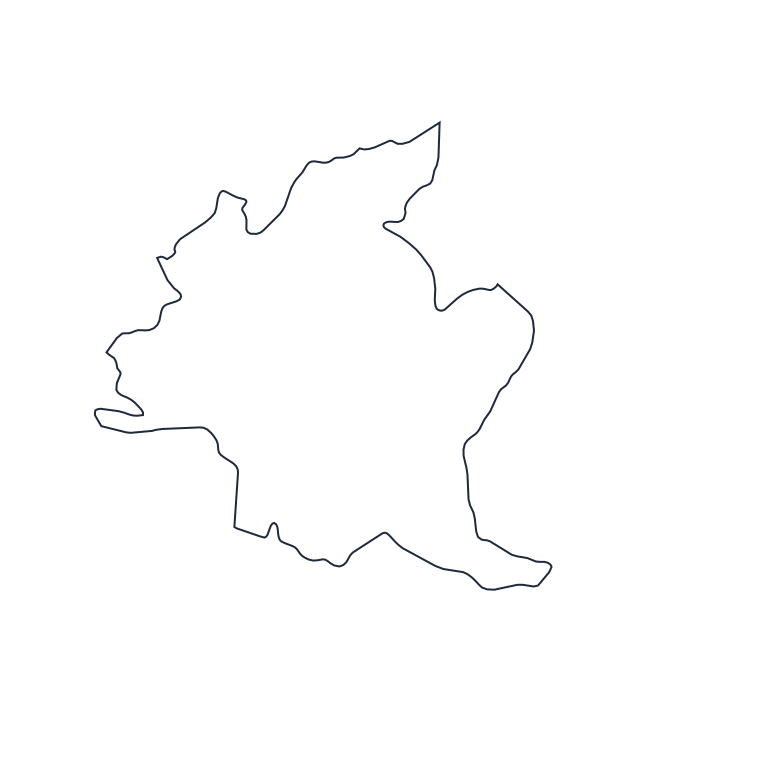 the border of M'Sila, rotated 314°
{"feature_id": "DZA-2214", "entity_name": "M'Sila", "entity_type": "Province", "adm_level": 1, "iso_a3": "DZA", "parent_name": "Algeria", "parent_adm1": "", "projection": "orthographic", "projection_center": [4.266, 35.131], "detail": "fine", "context": "isolated", "style": "outline", "palette": "slate", "viewbox_px": 768, "rotation_deg": 314, "n_neighbors": 0, "source": "natural_earth", "source_scale": "10m", "svg_char_len": 3886}
<svg xmlns="http://www.w3.org/2000/svg" viewBox="0 0 768 768"><g transform="rotate(314 384 384)"><path d="M536.6,202.8L538.0,205.4L539.2,207.0L542.4,209.8L547.4,212.8L563.1,219.2L564.5,221.2L566.2,226.9L569.7,230.5L575.8,234.1L610.7,242.4L584.8,265.8L578.2,270.0L572.6,271.9L564.3,277.1L560.3,278.0L556.5,276.7L552.9,274.9L548.9,273.9L535.3,273.8L530.1,274.5L526.4,276.2L524.5,277.4L522.7,279.9L521.8,280.8L516.6,283.5L513.2,283.0L510.4,281.6L509.4,280.7L505.2,275.8L503.3,274.1L501.3,273.0L499.2,272.6L497.6,273.4L496.8,275.1L496.9,277.4L501.4,294.0L502.6,304.0L503.1,314.0L502.5,321.3L500.0,336.3L498.4,340.9L494.7,346.8L488.1,354.8L479.4,362.4L476.0,366.7L474.7,369.8L475.1,371.9L475.9,373.6L477.4,375.0L479.7,376.0L496.7,377.3L502.8,378.4L508.5,380.3L513.4,382.7L518.4,386.0L520.3,387.8L521.9,389.8L524.7,394.4L525.7,395.5L526.7,396.0L528.9,396.7L532.4,397.0L534.6,396.5L536.1,437.3L535.5,442.5L532.6,447.7L526.5,454.9L516.9,461.8L510.8,464.9L487.8,470.6L484.0,470.5L480.3,470.0L477.5,470.2L471.2,472.4L467.5,472.8L461.4,471.8L457.8,472.4L438.2,479.4L427.7,481.0L418.3,484.0L414.7,484.6L411.8,484.6L405.0,483.4L400.9,483.2L396.8,483.9L392.0,486.8L387.6,491.2L380.8,501.8L376.7,507.1L359.8,524.9L356.4,530.4L353.7,537.6L350.5,542.5L341.9,552.9L339.3,557.8L339.8,562.1L341.3,564.5L343.1,566.6L344.5,569.7L349.9,594.5L352.6,599.6L358.3,607.9L361.8,616.5L364.4,619.8L367.6,623.1L369.3,626.2L369.7,629.3L368.9,631.5L365.4,632.9L362.6,633.6L346.0,634.8L342.3,632.3L335.8,623.1L332.3,619.5L312.6,606.2L307.8,600.7L305.7,595.8L305.6,591.5L305.9,586.4L305.9,581.3L305.2,576.2L303.7,571.7L292.2,555.3L288.8,547.4L278.9,511.7L278.3,506.3L278.3,501.4L278.8,492.8L278.6,489.6L277.4,487.7L275.5,486.6L241.0,478.6L237.3,478.7L229.7,480.7L225.6,480.5L221.7,478.6L218.9,474.3L217.9,470.2L217.5,466.6L216.9,463.9L215.4,461.8L211.1,458.7L207.8,455.7L205.4,451.7L204.2,448.1L203.5,444.7L203.6,441.7L204.7,436.1L204.6,433.1L203.6,430.1L200.6,423.1L199.6,420.0L199.4,419.5L199.4,418.5L199.6,417.0L200.7,414.7L202.7,411.9L205.0,409.3L207.0,406.6L208.1,404.1L207.8,401.6L206.1,400.7L203.2,401.1L194.8,404.9L192.3,405.3L190.5,404.7L188.3,400.7L177.9,378.5L177.2,375.7L218.9,340.5L221.1,337.8L222.2,334.5L222.2,330.6L220.1,319.9L219.6,315.6L220.1,312.8L221.6,310.4L223.6,308.2L225.5,305.9L227.1,302.6L228.2,298.1L228.7,293.6L228.5,288.3L227.2,284.7L225.0,281.8L197.9,256.0L192.5,251.7L189.1,249.7L172.9,235.7L170.1,232.1L157.3,209.9L160.7,198.0L162.2,196.3L164.5,194.7L166.7,195.4L169.3,197.3L180.1,212.0L182.9,217.1L185.1,222.0L187.2,225.6L189.8,228.6L194.2,232.2L196.1,230.5L197.1,226.8L197.5,217.7L197.1,213.4L196.1,209.5L193.5,202.7L193.0,198.7L193.9,195.5L199.1,191.2L208.0,187.7L209.3,186.3L210.1,181.2L213.2,176.9L214.4,174.3L215.1,171.7L214.1,165.8L214.0,162.4L231.6,159.9L238.2,160.6L239.2,161.2L243.6,165.5L246.3,166.9L249.1,168.1L251.7,169.6L253.9,171.8L256.4,174.7L259.7,177.7L264.2,179.7L269.1,179.9L273.5,178.5L281.1,173.6L284.6,172.0L287.6,171.7L290.6,172.6L299.2,177.2L302.9,178.4L305.9,177.4L307.4,174.9L307.5,170.5L307.0,166.6L308.3,156.1L317.1,133.2L320.6,135.1L321.6,136.6L322.4,138.4L323.0,141.0L323.3,141.3L328.8,142.6L331.8,142.7L333.5,142.4L334.3,141.7L334.6,141.3L334.9,140.2L336.5,138.8L339.6,137.4L346.5,136.7L376.0,143.1L383.6,143.8L389.3,143.5L394.0,141.2L402.4,135.3L407.0,133.4L409.6,133.4L411.1,134.1L412.1,135.9L412.8,137.8L414.1,142.6L415.8,147.8L416.9,150.2L419.1,153.8L420.0,155.7L420.2,157.4L419.3,158.6L416.9,159.3L412.3,159.9L411.2,160.6L410.5,161.5L409.4,165.8L408.2,168.7L406.3,171.3L399.5,177.7L398.6,180.5L399.3,183.5L403.5,188.1L406.9,189.9L410.6,190.5L433.6,191.0L438.4,190.4L443.2,189.1L460.6,181.0L467.2,179.2L470.4,178.7L479.4,178.3L487.5,176.5L491.3,176.4L493.7,177.4L495.9,179.3L501.0,186.6L502.9,188.5L505.7,190.2L508.3,190.9L511.8,191.5L514.0,192.8L518.9,197.7L524.2,201.0L528.1,202.5L536.6,202.8Z" fill="none" stroke="#1e293b" stroke-width="2"/></g></svg>